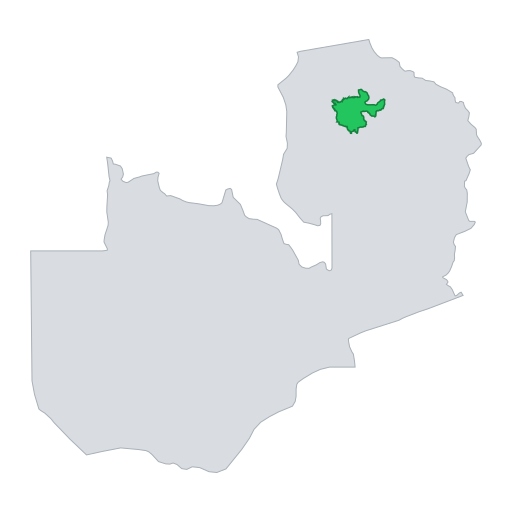 Lunte, Northern, Zambia (highlighted)
{"feature_id": "96606910B27526943690880", "entity_name": "Lunte", "entity_type": "district", "adm_level": 2, "iso_a3": "ZMB", "parent_name": "Zambia", "parent_adm1": "Northern", "projection": "robinson", "projection_center": [30.622, -9.828], "detail": "fine", "context": "in_parent", "style": "filled", "palette": "green", "viewbox_px": 512, "rotation_deg": 0, "n_neighbors": 0, "source": "geoboundaries", "source_scale": "gbopen_adm2", "svg_char_len": 9245}
<svg xmlns="http://www.w3.org/2000/svg" viewBox="0 0 512 512"><path d="M355.1,367.1L329.5,367.1L320.2,369.4L312.6,372.9L303.5,378.4L298.2,382.2L296.8,384.3L296.1,389.0L296.1,396.2L295.2,401.4L292.4,406.2L278.6,411.9L269.6,416.6L260.7,422.2L254.0,429.4L249.4,438.3L241.9,449.2L226.0,468.9L216.8,472.5L209.0,471.7L199.7,467.6L192.2,466.8L186.8,469.4L181.7,468.6L177.0,464.5L173.1,463.0L169.9,464.1L165.9,463.9L158.5,461.6L152.1,454.6L148.6,451.7L145.9,450.6L138.3,449.5L120.7,447.9L102.5,451.4L86.5,454.9L70.1,439.3L54.2,422.8L50.8,418.6L44.8,413.1L40.5,410.4L38.9,409.0L34.5,394.3L32.0,380.8L30.7,250.9L102.6,250.9L107.2,250.3L107.4,248.9L104.0,242.0L104.2,239.5L105.0,234.8L108.1,225.4L108.3,222.3L106.8,212.0L106.9,206.3L107.6,194.8L107.1,190.8L108.8,185.6L109.3,182.2L110.0,180.7L109.1,176.8L107.6,163.0L106.7,157.2L111.1,158.1L112.5,160.9L113.3,164.0L115.3,164.2L120.4,166.0L122.2,168.6L123.4,174.1L122.7,176.9L121.1,179.2L122.8,181.2L126.2,182.6L128.2,182.2L134.0,178.4L139.3,177.0L142.0,176.0L153.9,173.6L156.2,172.2L157.9,172.2L159.1,173.3L158.0,177.2L157.7,180.7L159.2,187.2L160.3,190.3L162.8,192.5L164.6,193.7L166.6,196.0L170.7,195.6L179.9,198.9L182.6,200.5L186.5,202.0L189.2,202.6L198.6,203.8L208.5,205.6L213.6,205.8L217.3,205.3L219.8,204.4L221.4,203.3L222.1,202.4L225.8,190.0L227.7,189.0L230.2,188.4L231.6,189.5L233.2,197.3L240.4,204.4L242.9,210.4L244.7,215.4L246.2,216.8L249.0,218.6L253.3,219.2L257.2,219.4L276.5,228.1L278.6,229.6L281.0,234.3L282.5,239.5L284.0,243.6L286.5,244.4L288.7,244.7L290.9,247.6L292.6,250.0L298.3,260.3L299.1,264.3L301.9,267.0L305.6,268.2L309.1,268.3L311.1,267.1L316.0,265.0L319.9,262.6L322.7,261.8L324.3,262.3L325.6,264.0L326.4,269.1L329.2,270.8L331.2,270.1L332.0,268.1L332.0,267.1L331.9,213.7L330.2,214.1L328.0,215.6L322.9,215.8L320.9,216.9L320.2,218.6L320.6,220.8L320.7,223.8L320.0,225.3L317.8,225.8L314.5,224.7L308.6,223.1L303.8,222.2L300.2,218.2L295.5,212.2L292.4,209.1L284.8,202.8L283.5,201.5L281.3,198.6L279.3,193.6L277.4,187.8L276.4,184.1L278.2,178.5L282.6,159.9L283.6,154.2L287.2,148.3L287.4,143.1L286.0,136.4L286.3,132.7L286.8,111.5L285.8,104.8L283.3,97.4L277.9,87.0L277.9,84.8L286.2,78.1L288.7,75.6L293.1,70.1L296.0,65.5L297.9,61.8L298.5,56.9L297.1,52.3L300.0,51.4L368.8,39.5L369.8,42.7L371.9,47.9L374.3,51.8L377.2,55.2L379.7,57.2L381.4,57.9L392.0,57.7L395.8,59.7L399.2,62.3L400.0,66.4L402.2,68.9L404.5,70.9L405.5,71.2L407.3,70.7L410.1,70.6L412.7,71.5L414.0,72.4L414.1,75.8L414.9,77.3L418.5,77.9L422.2,78.2L425.7,80.5L429.5,80.9L433.9,81.8L436.0,84.3L440.7,86.8L446.4,89.1L452.7,92.9L452.8,94.0L453.9,96.2L455.0,97.8L455.1,100.2L455.6,102.3L457.3,102.9L458.6,103.0L459.8,101.4L461.5,101.5L463.4,102.5L464.0,105.0L465.5,108.3L467.8,110.6L469.4,112.8L468.8,116.9L467.8,120.6L471.0,124.2L475.1,127.7L476.2,129.2L476.5,134.4L477.1,136.1L479.9,140.4L481.3,143.2L481.2,144.9L473.6,153.3L469.0,154.6L467.0,156.4L465.8,158.2L468.7,166.6L470.3,169.8L469.0,173.8L466.0,180.6L464.6,181.2L464.4,186.4L465.3,188.3L466.7,189.8L467.3,193.3L467.2,201.9L465.3,211.8L468.7,220.4L469.8,221.4L474.5,221.4L475.3,222.1L474.2,224.6L470.9,228.4L464.9,231.3L456.3,234.6L454.5,237.7L453.4,242.2L454.3,244.9L455.5,246.4L455.1,250.4L454.4,254.5L454.6,257.8L454.2,260.7L453.1,262.1L451.6,266.5L449.7,270.9L448.3,272.9L446.1,275.0L442.7,276.8L442.8,277.7L446.6,279.7L447.6,281.1L448.0,282.1L446.4,284.3L448.1,285.6L450.3,286.8L452.3,289.7L454.7,295.2L455.1,295.8L455.7,295.8L457.0,295.2L459.4,293.0L461.1,292.2L463.1,295.4L427.4,309.0L418.9,311.8L406.4,316.6L402.3,318.4L399.1,320.2L365.8,330.8L360.6,332.9L348.8,338.4L348.4,339.2L348.6,341.7L349.6,346.8L351.7,351.5L353.4,354.2L354.5,361.0L355.1,367.1Z" fill="#d9dde1" stroke="#a8b0b8" stroke-width="1"/><path d="M383.2,108.6L383.4,108.1L383.3,107.8L383.2,107.8L383.4,107.4L383.4,107.2L383.5,107.2L383.7,106.6L383.9,106.6L383.9,106.4L383.9,106.0L384.1,105.7L384.1,105.4L384.3,105.2L384.4,104.8L384.4,104.6L384.7,104.3L384.5,102.8L384.6,102.1L384.4,101.3L384.8,100.4L384.8,100.0L384.7,99.7L383.7,99.0L383.3,99.1L382.9,99.7L381.9,99.8L380.9,100.4L380.5,100.2L380.3,100.8L379.8,101.4L377.9,102.7L377.3,103.6L377.2,104.2L376.0,105.1L375.6,105.3L374.1,104.7L373.4,104.8L372.9,104.7L371.2,104.8L368.0,104.8L366.9,104.6L366.0,104.3L365.7,104.0L364.9,102.5L365.1,102.0L365.6,101.4L366.8,101.0L367.4,100.6L367.8,100.0L368.7,99.0L368.7,98.5L368.9,97.9L368.9,97.2L368.6,95.8L367.6,94.5L367.3,93.2L366.7,92.5L366.0,92.0L365.1,91.6L364.4,91.8L363.2,91.1L362.5,90.7L361.8,89.7L361.6,89.5L361.1,89.4L360.5,89.5L359.6,89.9L358.7,89.9L358.5,90.0L358.6,92.1L358.9,93.1L359.2,93.6L359.5,94.6L359.8,94.9L360.1,95.5L360.1,96.2L359.8,97.2L359.3,97.0L359.0,97.2L358.7,97.2L358.4,97.3L358.1,97.1L358.1,97.3L357.7,97.4L357.6,97.1L357.4,97.1L357.0,96.8L356.7,96.9L356.3,96.9L355.9,97.1L355.6,96.8L355.0,96.9L354.7,97.3L354.5,97.1L354.5,97.5L354.1,97.6L354.0,97.4L353.6,97.4L353.4,97.2L353.3,97.3L353.2,97.2L353.1,97.3L352.9,97.1L352.6,97.3L352.5,97.0L352.2,96.8L351.5,97.3L351.4,97.2L351.2,97.3L351.1,97.1L350.9,97.1L350.6,97.3L350.6,97.5L350.4,97.5L350.2,97.5L349.6,97.7L349.4,97.5L349.2,97.5L349.0,97.2L348.8,97.1L348.8,96.9L348.3,97.4L347.9,97.7L347.9,97.8L347.7,97.9L347.3,98.5L347.1,98.4L346.4,98.6L345.7,98.1L345.4,98.2L345.0,98.6L344.7,98.6L344.4,98.8L344.2,98.6L344.2,98.8L344.0,99.0L343.5,98.7L343.5,99.1L343.2,99.0L343.0,99.4L342.9,99.5L342.9,99.8L342.7,99.8L342.8,100.0L342.7,100.0L342.4,101.0L342.3,100.8L341.9,100.8L341.6,101.1L341.6,101.3L341.4,101.3L341.4,101.6L340.3,101.9L340.2,102.1L339.9,102.0L339.6,102.1L339.4,102.0L339.1,102.0L338.8,102.1L338.8,102.4L338.6,102.3L338.3,102.4L338.0,102.4L338.0,102.2L337.9,102.1L337.5,102.2L337.4,102.0L337.6,101.9L337.4,101.4L337.6,101.2L337.2,101.0L336.8,100.6L336.7,100.6L336.7,100.8L336.3,100.8L336.2,100.8L336.2,100.5L335.7,100.6L335.5,100.4L335.6,100.1L335.2,99.9L335.1,100.0L335.1,100.3L335.0,100.1L334.9,100.1L334.6,100.4L334.5,100.0L334.3,100.2L333.8,100.0L333.6,100.2L333.3,100.0L333.2,100.2L333.4,100.6L333.2,100.7L332.7,100.6L332.6,100.2L332.4,100.2L332.4,100.4L332.5,100.7L332.4,101.2L332.1,101.6L332.7,102.1L333.0,102.2L333.7,103.2L334.5,103.4L334.9,103.1L335.1,103.2L336.0,104.8L335.5,105.0L335.0,104.9L334.7,104.6L334.1,105.0L333.5,105.2L333.2,105.7L332.8,105.6L332.3,105.8L332.3,106.0L332.6,106.2L332.5,106.4L332.7,106.6L332.8,107.0L332.7,107.2L332.8,107.4L332.9,107.6L333.1,107.7L333.0,107.8L333.2,108.1L333.6,108.3L333.8,108.8L334.0,108.7L334.5,108.9L334.8,109.3L334.5,109.5L334.4,109.7L334.7,110.4L335.1,110.6L335.2,110.9L335.7,110.7L336.1,110.9L336.3,111.1L336.8,111.5L336.8,112.2L337.1,112.6L337.2,113.8L336.9,114.2L336.8,114.7L336.8,116.0L336.3,117.0L336.4,117.7L336.3,118.1L336.5,118.4L336.6,118.9L336.7,119.1L336.7,119.3L336.9,119.6L337.1,120.6L337.3,121.0L337.2,121.3L336.8,121.9L338.9,122.1L339.2,122.7L339.2,123.1L338.9,123.4L339.2,124.0L339.1,124.4L339.3,124.6L340.4,124.9L340.9,124.6L341.3,125.1L341.8,125.2L342.4,125.2L342.7,125.4L343.1,125.4L343.2,125.5L343.1,125.8L344.1,126.1L344.5,126.2L344.6,126.3L344.9,126.4L345.2,126.2L345.4,126.3L345.5,126.5L345.8,126.4L346.0,126.7L346.2,126.8L346.9,126.6L346.9,126.8L347.1,127.2L347.1,127.3L347.3,127.3L347.3,127.5L347.3,127.9L347.2,128.1L347.5,128.6L347.5,129.2L347.9,129.5L347.9,129.9L348.1,130.1L348.7,130.2L348.9,130.6L348.9,130.8L349.1,130.8L349.3,131.0L349.5,131.0L350.2,131.3L350.4,131.6L350.2,132.2L350.4,132.4L350.5,132.9L350.6,133.0L350.6,133.3L350.9,133.3L350.8,133.2L351.4,132.5L351.4,132.1L351.7,131.8L351.9,131.8L352.2,131.4L353.3,131.2L353.5,130.9L353.6,130.6L354.2,129.7L354.9,129.9L354.7,130.4L354.8,130.9L355.1,131.2L355.1,131.7L355.2,131.9L356.1,132.2L356.5,132.7L356.8,133.2L357.2,133.2L357.6,132.7L357.4,132.1L357.4,131.6L357.9,131.0L357.7,130.6L357.9,130.1L358.0,128.9L357.8,128.0L358.2,127.7L359.3,127.6L360.1,127.1L360.4,127.0L361.6,127.2L362.0,127.0L363.0,127.1L363.6,126.5L364.0,126.4L364.5,126.5L365.4,126.4L365.5,125.5L365.6,125.2L366.0,124.9L366.0,124.5L366.2,124.4L366.0,124.2L366.1,123.9L366.0,123.7L366.2,123.0L366.1,122.5L366.3,122.1L366.1,122.0L366.0,121.5L365.9,121.4L365.4,121.3L365.1,121.2L364.8,120.4L364.5,120.3L364.3,120.3L364.1,120.1L363.9,119.8L363.8,119.7L363.7,119.3L363.9,119.0L363.6,118.6L363.7,118.3L363.7,117.4L363.8,117.2L363.5,116.7L363.5,116.4L363.4,116.1L363.1,115.9L362.0,115.6L362.0,115.3L361.7,114.4L361.5,114.1L361.5,113.8L361.4,113.7L361.2,113.2L360.8,112.8L360.9,112.0L362.8,111.4L363.1,111.1L363.4,111.4L364.2,111.5L364.9,111.3L366.0,111.2L366.4,111.1L366.8,111.1L367.8,111.7L367.7,112.1L367.9,112.5L369.0,112.9L369.0,113.2L369.7,113.6L369.7,113.8L369.9,114.0L369.9,114.3L370.0,114.4L370.0,114.6L370.1,114.8L370.3,114.9L370.6,115.2L371.1,115.6L371.4,115.7L371.6,116.0L371.9,116.0L372.0,116.1L372.4,116.0L372.8,116.1L373.2,116.0L373.6,116.2L374.6,116.1L374.8,116.2L374.7,116.5L374.9,116.8L375.2,116.5L375.4,116.5L375.6,116.3L375.6,116.1L375.8,115.7L375.9,115.1L375.8,114.7L375.7,114.6L375.8,114.4L375.7,114.2L375.8,114.0L376.0,113.9L376.0,112.9L376.1,112.4L376.1,112.1L376.2,111.8L376.1,111.7L376.3,111.5L376.3,111.3L377.0,110.9L377.0,110.7L377.4,110.6L377.7,110.7L377.8,110.6L378.2,110.8L379.0,110.6L379.3,110.2L379.5,109.9L379.9,109.9L380.4,110.2L380.8,110.1L381.0,110.0L381.1,109.7L381.3,109.6L381.6,109.0L381.8,108.8L382.3,108.8L382.5,108.6L383.2,108.6Z" fill="#22c55e" stroke="#15803d" stroke-width="1.5"/></svg>